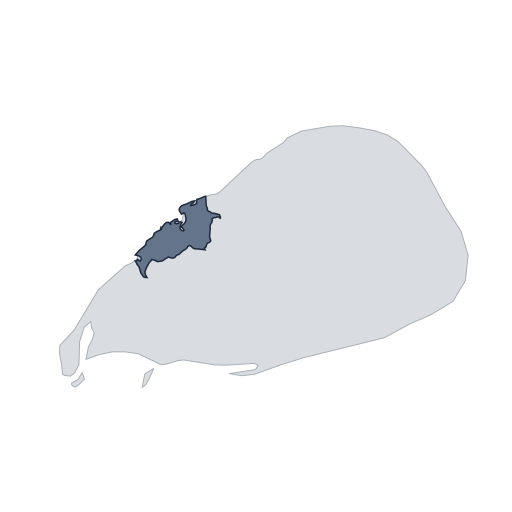 Trikuṇāmalaya highlighted on a map of Sri Lanka, rotated 261°
{"feature_id": "LKA-2454", "entity_name": "Trikuṇāmalaya", "entity_type": "District", "adm_level": 1, "iso_a3": "LKA", "parent_name": "Sri Lanka", "parent_adm1": "", "projection": "albers", "projection_center": [81.128, 8.569], "detail": "fine", "context": "in_parent", "style": "filled", "palette": "slate", "viewbox_px": 512, "rotation_deg": 261, "n_neighbors": 0, "source": "natural_earth", "source_scale": "10m", "svg_char_len": 3217}
<svg xmlns="http://www.w3.org/2000/svg" viewBox="0 0 512 512"><g transform="rotate(261 256 256)"><path d="M169.4,46.4L179.7,47.0L190.7,46.7L198.3,48.2L211.5,65.0L247.3,95.0L266.8,125.4L268.6,132.1L271.3,137.8L276.0,139.4L279.9,142.1L299.5,171.4L301.7,177.2L301.4,183.6L302.6,188.4L307.7,190.8L314.1,192.0L318.2,196.4L323.5,219.9L323.5,227.2L325.0,230.3L349.7,266.8L351.2,271.3L350.9,274.6L351.6,277.4L356.4,283.9L363.9,301.3L367.7,305.2L372.3,320.4L372.6,349.4L371.0,362.4L366.4,378.1L360.9,393.5L355.0,404.6L346.9,414.1L319.1,434.1L311.2,438.1L275.0,450.6L248.3,462.4L223.6,465.6L199.0,459.0L180.4,443.4L171.0,420.5L164.6,396.6L155.2,370.0L148.2,288.0L144.9,265.1L139.4,235.8L140.0,223.2L144.0,211.1L143.9,237.7L147.5,241.0L150.2,237.6L152.8,210.0L154.9,198.4L164.7,168.0L164.9,162.6L163.3,151.2L163.4,145.5L178.0,124.2L181.8,111.8L183.8,99.1L183.1,85.4L180.5,71.9L192.2,76.2L198.7,81.0L205.2,84.2L210.6,82.5L217.1,82.5L212.5,75.1L198.8,68.3L176.2,64.1L169.1,58.7L166.4,54.0L167.8,48.6L169.4,46.4ZM157.7,129.0L160.7,137.2L151.9,131.6L146.1,126.9L144.1,123.1L156.1,127.4L157.7,129.0ZM168.0,66.1L161.3,67.3L156.0,60.0L154.8,57.0L156.2,54.8L157.6,53.8L159.4,54.1L161.8,60.8L168.0,66.1Z" fill="#d9dde1" stroke="#a8b0b8" stroke-width="1"/><path d="M270.0,135.9L270.0,137.6L271.3,138.5L270.1,139.6L269.1,140.8L270.8,142.2L272.6,142.0L274.1,140.6L275.2,138.7L275.9,136.9L279.8,141.6L283.2,147.5L284.6,149.0L286.6,149.6L288.2,150.8L290.5,156.4L291.1,157.1L291.7,157.7L294.3,158.9L295.6,161.7L297.2,167.4L297.4,166.4L297.8,166.0L298.4,166.1L299.4,166.7L299.1,167.7L302.1,171.0L303.1,172.6L303.1,174.6L302.3,175.3L301.2,175.9L300.1,177.1L300.9,176.8L301.7,176.6L301.9,176.5L302.3,176.3L304.7,181.4L305.0,184.0L302.4,184.5L302.9,182.7L302.2,181.3L301.0,181.1L300.1,183.0L300.4,184.4L301.2,185.5L301.6,186.6L300.8,188.2L300.2,187.7L299.0,186.8L297.2,185.7L295.3,185.2L293.5,186.0L292.1,187.9L292.6,188.9L294.2,188.6L296.5,186.8L298.0,188.4L299.4,190.4L301.1,192.0L303.4,192.7L308.4,192.6L310.0,191.5L308.9,189.0L311.8,187.7L312.9,187.3L314.1,187.4L315.4,188.2L316.6,189.4L317.5,190.9L318.2,195.3L319.9,200.9L320.0,202.3L320.0,203.8L318.6,202.8L317.2,199.9L316.0,199.3L315.9,200.1L316.4,203.6L316.5,203.9L317.1,205.3L317.8,205.6L318.4,205.9L318.5,205.9L319.9,205.9L321.1,206.4L321.8,210.6L322.6,213.5L322.7,213.9L322.9,215.7L313.3,214.7L311.5,215.3L309.9,215.3L308.5,215.3L307.5,216.4L306.8,217.7L306.0,218.3L305.3,218.9L304.6,221.8L304.1,222.8L302.5,226.4L299.8,227.0L299.3,226.8L298.9,226.5L300.1,225.7L300.7,224.4L300.3,222.3L300.4,220.9L300.2,219.5L299.5,218.4L298.1,218.5L296.2,217.6L294.5,216.2L292.7,215.2L290.8,215.2L282.6,213.2L278.1,213.7L276.8,212.3L276.3,210.1L274.7,208.8L272.9,208.1L271.7,206.2L270.1,206.7L272.4,198.4L272.6,197.0L273.1,195.7L274.4,194.4L275.9,193.4L276.8,191.8L276.1,190.1L274.9,189.2L273.9,187.9L272.4,184.3L269.6,180.1L269.1,177.5L268.0,176.4L267.1,175.3L267.0,173.1L268.6,169.2L267.8,167.0L265.8,162.6L265.8,157.9L267.6,155.3L268.9,152.4L267.8,151.7L267.0,150.5L265.3,148.7L260.7,145.4L257.9,143.9L254.8,143.8L251.8,145.0L252.2,143.1L253.1,141.6L257.3,139.6L262.3,139.0L264.3,138.4L266.2,137.3L268.3,136.7L270.0,135.9L270.0,135.9Z" fill="#64748b" stroke="#1e293b" stroke-width="1.5"/></g></svg>